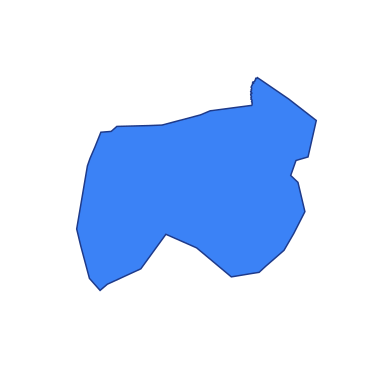 outline of Saixan-Ovoo, Dundgovi, Mongolia, rotated 211°
{"feature_id": "93677404B35030866925592", "entity_name": "Saixan-Ovoo", "entity_type": "district", "adm_level": 2, "iso_a3": "MNG", "parent_name": "Mongolia", "parent_adm1": "Dundgovi", "projection": "albers", "projection_center": [104.099, 45.572], "detail": "fine", "context": "isolated", "style": "filled", "palette": "blue", "viewbox_px": 384, "rotation_deg": 211, "n_neighbors": 0, "source": "geoboundaries", "source_scale": "gbopen_adm2", "svg_char_len": 2140}
<svg xmlns="http://www.w3.org/2000/svg" viewBox="0 0 384 384"><g transform="rotate(211 192 192)"><path d="M106.1,254.8L115.9,257.0L119.1,272.5L117.9,273.9L110.6,281.8L122.3,317.3L157.1,321.5L190.6,323.5L194.9,323.7L194.9,323.4L194.9,323.1L194.9,322.9L195.0,322.8L195.2,322.7L195.5,322.6L195.8,322.5L195.9,322.3L195.8,322.2L195.7,321.9L195.7,321.7L195.7,321.4L195.5,321.2L195.4,321.1L195.4,320.9L195.4,320.6L195.5,320.3L195.5,320.0L195.5,319.9L195.4,319.7L195.3,319.3L195.3,319.1L195.4,318.9L195.5,318.7L195.7,318.4L195.8,318.3L195.9,318.1L196.1,317.9L196.3,317.8L196.4,317.7L196.5,317.5L196.5,317.4L196.5,317.2L196.3,317.1L196.1,317.1L195.8,317.1L195.5,317.1L195.3,317.1L195.2,316.9L195.3,316.7L195.6,316.3L195.8,316.2L195.9,315.8L195.8,315.5L195.7,315.3L195.6,315.0L195.5,314.7L195.5,314.1L195.5,313.7L195.4,313.1L195.4,312.6L195.3,312.4L195.2,312.2L194.9,312.2L194.6,312.0L194.5,311.8L194.3,311.5L194.1,311.3L194.0,311.2L193.9,311.0L193.9,310.7L194.0,310.4L194.0,310.2L193.8,310.0L193.6,309.9L193.3,309.7L193.3,309.4L193.3,309.0L193.4,308.8L193.5,308.6L193.5,308.4L193.3,308.3L193.2,308.2L192.9,308.2L192.7,308.1L192.6,307.7L192.3,307.4L192.2,307.5L191.9,307.7L191.7,307.7L191.5,307.4L191.5,307.1L191.6,306.9L191.7,306.7L192.0,306.4L192.1,306.1L192.0,305.9L191.5,305.4L191.2,305.1L190.6,304.9L190.2,304.5L190.1,304.2L190.3,303.8L190.3,303.6L190.1,303.5L189.8,303.5L189.6,303.3L189.5,303.1L189.4,302.8L189.4,302.4L189.4,302.0L189.3,301.9L189.1,301.9L188.9,301.9L188.7,301.9L188.4,301.8L188.2,301.8L187.9,301.6L187.7,301.4L187.6,301.2L187.6,300.9L187.6,300.5L187.5,300.1L187.4,300.0L187.1,300.0L186.9,300.0L186.7,300.0L186.6,299.9L186.5,299.7L186.4,299.4L186.4,299.1L186.2,299.0L186.0,298.9L185.8,298.7L185.7,298.3L185.5,297.7L185.4,297.2L185.4,296.9L186.2,296.4L218.2,271.0L224.6,262.3L252.2,233.9L263.2,226.7L290.2,209.5L292.5,202.3L300.9,196.3L298.4,180.8L296.7,168.2L295.1,160.5L271.8,100.9L259.4,88.3L235.4,65.1L220.1,60.3L217.1,69.3L196.3,99.8L192.6,142.3L159.3,146.5L114.6,139.5L112.2,141.5L99.9,152.0L93.1,157.7L90.6,166.3L83.1,189.4L83.4,208.9L85.1,233.3L106.1,254.8Z" fill="#3b82f6" stroke="#1e3a8a" stroke-width="1.5"/></g></svg>